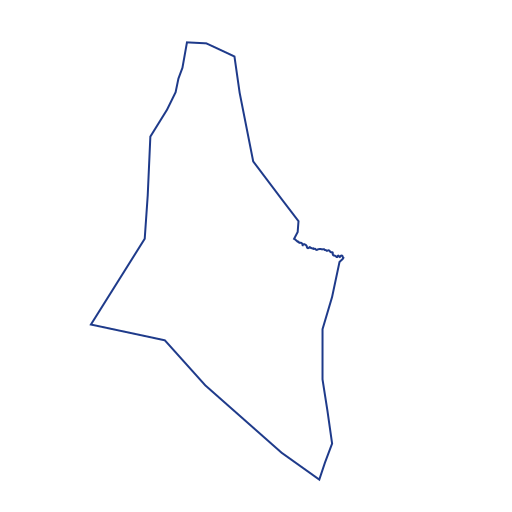 Xo'lonbuir, Dornod, Mongolia (orthographic projection), rotated 30°
{"feature_id": "93677404B94676742837543", "entity_name": "Xo'lonbuir", "entity_type": "district", "adm_level": 2, "iso_a3": "MNG", "parent_name": "Mongolia", "parent_adm1": "Dornod", "projection": "orthographic", "projection_center": [113.25, 47.929], "detail": "fine", "context": "isolated", "style": "outline", "palette": "blue", "viewbox_px": 512, "rotation_deg": 30, "n_neighbors": 0, "source": "geoboundaries", "source_scale": "gbopen_adm2", "svg_char_len": 2645}
<svg xmlns="http://www.w3.org/2000/svg" viewBox="0 0 512 512"><g transform="rotate(30 256 256)"><path d="M151.0,296.7L147.3,397.9L219.2,374.6L276.8,393.4L376.6,413.6L422.6,418.0L419.0,400.3L415.7,380.4L395.4,354.5L375.3,329.6L350.2,286.1L342.4,253.5L331.3,219.4L332.6,215.0L332.6,214.0L332.3,214.0L332.1,213.8L331.7,213.5L331.1,213.0L330.9,212.8L330.5,212.7L330.2,212.7L329.9,212.8L329.7,213.0L329.4,213.3L329.3,213.7L329.2,214.0L329.2,214.3L329.2,214.7L329.1,215.0L328.8,215.0L328.2,214.9L327.9,214.7L327.6,214.6L327.3,214.5L327.1,214.5L326.9,214.7L326.8,214.9L326.8,215.3L326.8,215.6L326.8,216.1L326.8,216.3L326.6,216.4L326.3,216.6L326.0,216.5L325.6,216.4L325.3,216.3L325.0,216.3L324.7,216.3L324.4,216.3L323.9,216.4L323.6,216.4L323.4,216.5L323.1,216.7L322.7,216.7L322.2,216.6L321.9,216.3L321.5,216.0L321.4,215.7L321.1,215.2L320.9,214.9L320.7,214.8L320.5,214.6L320.2,214.6L319.8,214.8L319.6,215.1L319.1,215.2L318.7,215.3L318.1,215.2L317.7,215.0L317.3,214.8L316.5,214.7L316.2,214.7L316.0,214.8L315.8,214.9L315.6,215.1L315.5,215.3L315.3,215.6L315.0,215.9L314.8,216.1L314.5,216.1L314.3,216.0L313.9,216.0L313.6,216.0L313.4,216.0L313.1,216.2L312.6,216.4L312.2,216.3L311.7,216.1L311.4,216.2L311.1,216.4L310.7,216.6L310.4,216.9L310.0,217.1L309.7,217.3L309.3,217.4L308.8,217.5L308.5,217.6L308.4,217.7L308.1,217.8L307.5,218.2L307.3,218.4L307.1,218.6L306.8,218.8L306.6,219.0L306.3,219.3L306.1,219.6L305.9,220.0L305.5,220.4L305.1,220.5L304.6,220.5L304.4,220.4L304.1,220.4L303.8,220.2L303.6,220.2L303.4,220.3L302.9,220.6L302.4,221.0L302.1,220.8L301.9,220.7L301.8,220.8L301.6,220.9L301.4,221.1L301.2,221.3L300.8,221.3L300.4,221.4L300.0,221.4L299.7,221.4L299.4,221.6L299.1,221.6L298.8,221.7L298.6,221.7L298.4,221.6L298.1,221.4L298.0,221.5L297.9,221.6L297.9,221.9L297.7,222.4L297.6,222.7L297.3,223.1L296.9,223.3L296.4,223.3L296.0,223.1L295.7,222.9L295.5,222.7L295.4,222.5L295.2,222.2L294.8,222.0L294.6,221.9L294.3,221.8L294.1,221.8L293.6,221.5L293.3,221.5L293.0,221.6L292.7,221.6L292.3,221.6L292.0,221.6L291.8,221.7L291.6,221.8L291.3,222.2L291.1,222.7L291.1,223.0L291.1,223.3L290.9,223.3L290.7,223.1L290.5,222.8L290.4,222.7L290.2,222.5L290.0,222.3L289.7,222.2L289.1,222.0L288.7,222.0L288.3,222.1L288.0,222.2L287.8,222.4L287.5,222.6L287.2,222.8L286.7,222.9L286.1,222.7L285.9,222.6L285.7,222.4L285.4,222.4L285.3,222.5L285.1,222.6L284.9,222.8L284.5,222.7L284.3,222.7L284.0,222.5L283.8,222.5L283.5,222.5L281.6,222.1L280.4,222.1L280.1,214.4L275.4,204.6L250.9,194.4L206.3,175.5L160.2,122.8L137.6,94.0L106.6,96.7L89.4,105.5L98.2,129.8L100.1,141.1L104.5,154.4L105.8,173.8L104.8,205.4L132.0,257.8L151.0,296.7Z" fill="none" stroke="#1e3a8a" stroke-width="2"/></g></svg>